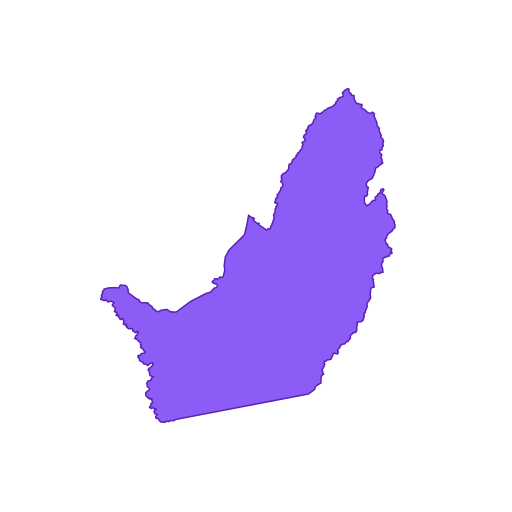 outline of Unincorporated ACT, Australian Capital Territory, Australia, rotated 205°
{"feature_id": "25037944B15172244637897", "entity_name": "Unincorporated ACT", "entity_type": "district", "adm_level": 2, "iso_a3": "AUS", "parent_name": "Australia", "parent_adm1": "Australian Capital Territory", "projection": "albers", "projection_center": [149.092, -35.522], "detail": "fine", "context": "isolated", "style": "filled", "palette": "violet", "viewbox_px": 512, "rotation_deg": 205, "n_neighbors": 0, "source": "geoboundaries", "source_scale": "gbopen_adm2", "svg_char_len": 6123}
<svg xmlns="http://www.w3.org/2000/svg" viewBox="0 0 512 512"><g transform="rotate(205 256 256)"><path d="M304.7,107.1L301.5,102.8L298.3,103.2L299.1,100.9L298.6,98.9L301.0,97.2L301.3,94.6L299.1,91.6L296.9,91.0L296.0,89.9L297.5,87.2L298.1,85.1L296.8,83.0L294.4,81.9L293.6,82.1L293.2,81.6L292.3,81.6L291.9,82.2L291.4,81.6L290.5,82.5L289.7,82.3L289.8,81.6L287.7,79.4L288.8,77.7L288.0,76.1L288.7,74.6L288.4,73.7L286.4,73.6L285.2,74.9L283.9,74.6L282.9,75.3L281.6,75.0L281.8,74.2L282.6,73.7L282.7,72.1L280.9,70.2L279.2,70.8L278.5,70.3L279.0,68.2L278.5,67.1L277.8,66.7L275.8,67.3L273.6,65.8L271.5,65.4L270.4,66.4L269.3,66.2L268.2,66.9L267.1,68.6L264.9,69.1L264.3,70.5L260.6,72.2L259.9,73.8L150.0,153.2L146.5,160.0L146.9,161.9L146.7,163.6L143.5,168.4L145.8,173.7L145.8,175.6L144.8,177.6L145.9,177.9L146.7,179.6L148.3,180.8L147.8,182.8L147.7,186.1L148.2,187.4L149.5,188.2L149.5,189.1L148.0,190.4L147.5,192.2L145.9,192.8L144.5,194.2L144.6,200.7L140.6,201.8L140.8,203.7L142.3,205.0L141.9,206.1L141.8,208.1L141.3,208.6L141.9,210.2L140.0,213.0L138.8,213.5L137.5,216.7L136.4,217.6L136.3,219.6L135.7,221.2L136.9,223.8L135.6,226.7L135.7,227.4L133.4,228.9L133.3,229.7L133.3,231.6L134.8,233.8L134.7,235.2L136.3,238.8L132.7,241.1L131.8,243.3L132.7,248.0L134.0,249.4L133.1,250.7L133.5,251.9L133.8,257.4L135.5,259.7L134.7,263.2L134.4,266.4L135.9,268.8L137.8,273.5L138.0,275.9L135.8,277.9L139.5,283.4L139.6,284.3L141.0,284.9L142.0,287.7L139.9,291.1L136.5,292.4L135.6,294.0L134.1,294.9L135.8,297.9L138.3,300.4L138.9,303.1L138.5,304.7L140.0,307.0L138.8,309.1L135.1,312.5L135.6,313.1L135.4,315.3L134.5,315.3L133.9,316.0L134.9,317.2L135.9,317.3L135.7,319.0L136.2,319.9L140.0,320.3L141.1,320.8L141.7,322.3L142.8,321.7L145.9,325.2L145.4,327.6L145.9,329.8L145.6,331.8L143.2,336.2L143.2,338.0L142.1,340.2L143.1,342.8L145.1,345.0L145.1,345.7L148.6,347.9L151.6,350.6L153.9,350.1L155.4,351.2L155.8,352.8L157.4,353.7L157.9,354.4L158.3,356.6L159.4,357.9L160.5,361.2L164.9,365.3L167.7,365.7L168.4,366.8L168.0,369.5L168.3,370.3L169.0,370.6L169.8,370.2L170.9,368.7L170.3,366.4L170.5,365.2L171.5,364.1L171.9,361.4L172.8,359.6L171.5,357.3L172.2,356.3L173.3,356.0L174.4,353.4L174.8,351.4L176.8,348.3L180.3,350.3L182.5,354.7L182.6,355.7L181.0,357.2L180.9,358.9L182.0,360.6L183.2,365.7L185.1,365.7L186.8,368.8L186.2,370.7L186.4,371.4L183.5,375.5L183.6,381.6L184.7,386.4L182.9,388.7L182.8,389.7L180.4,393.8L182.1,395.6L182.7,396.9L184.3,397.6L184.7,400.8L185.5,401.4L187.0,401.5L188.3,403.1L188.2,404.3L187.1,404.9L186.8,405.9L187.7,408.0L187.1,409.4L188.7,411.9L188.7,413.3L189.3,414.4L190.6,415.6L193.4,416.4L193.3,418.1L197.4,421.6L198.1,422.7L198.1,423.9L201.4,425.3L202.9,428.0L208.3,432.9L208.6,434.6L209.6,435.3L211.4,435.5L211.9,434.0L215.0,433.1L219.8,434.7L221.8,434.5L223.5,435.1L223.4,437.3L224.2,438.1L225.8,437.4L227.9,437.4L229.3,436.6L233.3,439.7L235.0,442.8L237.7,442.1L238.5,443.4L240.0,443.5L241.6,444.6L241.9,446.1L242.4,446.6L243.7,446.4L245.7,443.5L246.7,440.3L244.5,438.4L244.5,437.8L245.5,436.2L247.3,434.9L247.2,434.3L248.4,432.7L247.8,431.2L248.6,429.4L248.3,427.3L249.4,424.8L250.7,422.8L253.3,420.4L254.3,417.9L255.4,417.2L256.3,414.4L257.2,413.9L257.1,413.0L258.0,412.0L261.3,411.3L261.7,410.1L261.2,408.8L261.5,407.6L260.5,407.2L260.2,405.9L260.8,405.1L261.1,403.6L260.7,401.2L261.1,399.1L261.7,398.4L261.7,397.3L262.8,397.0L263.4,396.2L263.1,394.6L263.4,393.7L262.6,392.7L263.1,392.4L263.8,390.7L263.2,390.5L263.2,389.8L262.1,388.8L262.0,388.0L263.3,386.1L263.3,384.0L261.7,382.8L260.7,382.8L260.5,382.1L260.6,380.9L262.2,378.1L260.0,376.4L260.6,374.9L259.6,372.4L260.6,371.0L260.5,369.3L261.9,366.3L261.3,365.2L262.1,363.7L261.5,363.0L261.8,361.9L263.5,358.4L262.9,355.0L264.8,353.0L263.0,348.0L263.7,347.2L264.1,344.5L266.2,342.1L266.9,339.4L265.6,336.8L264.7,336.6L265.1,335.0L265.0,333.8L263.0,333.3L261.4,331.1L261.3,329.9L262.2,328.4L261.6,325.7L262.0,323.4L261.7,322.6L262.7,320.5L261.5,318.5L262.0,317.9L262.3,315.8L261.8,315.0L261.6,312.4L260.3,312.2L259.0,312.8L258.4,312.1L258.4,310.7L258.0,310.3L258.8,309.5L258.3,307.6L258.5,306.5L257.1,303.5L257.5,302.5L257.2,300.1L256.5,299.7L255.2,296.8L255.5,295.5L254.8,292.6L255.2,291.9L254.8,290.9L255.1,289.8L254.7,286.6L256.6,285.7L257.3,283.9L266.8,285.5L266.8,286.6L267.3,287.0L268.1,286.0L273.2,287.1L273.4,289.2L275.0,289.5L275.1,288.8L279.9,289.7L277.2,279.4L276.8,279.3L277.2,279.2L275.5,270.9L276.0,268.8L283.0,249.9L283.4,242.0L280.7,233.7L278.3,230.1L277.0,223.2L277.8,222.1L279.8,221.8L280.2,219.9L281.3,218.9L283.7,218.1L283.9,216.3L284.8,214.6L284.4,213.7L283.7,213.4L279.1,213.7L278.5,212.9L278.3,211.0L280.5,209.0L281.7,204.2L285.6,200.8L296.2,187.0L304.1,172.3L305.1,171.2L309.8,169.3L314.3,169.9L319.2,166.6L320.9,164.2L323.7,163.9L325.2,164.8L326.8,164.5L329.1,166.3L332.2,166.7L334.3,167.8L339.6,165.4L338.9,164.9L339.7,165.4L342.1,165.5L343.3,166.7L346.9,166.8L355.6,168.6L356.5,169.1L357.3,171.0L360.0,173.6L361.5,174.1L366.4,172.6L366.8,171.9L366.8,169.8L367.4,168.8L370.8,167.6L376.6,164.5L379.7,161.7L379.4,161.2L380.2,158.8L379.4,157.9L379.5,154.9L378.4,154.0L378.7,153.1L378.5,151.2L375.3,151.3L374.3,151.7L374.1,152.7L370.3,151.9L368.8,153.6L365.5,153.9L364.8,153.2L365.6,151.6L365.3,150.4L361.2,149.3L361.2,147.6L360.2,146.5L360.6,145.8L358.3,145.8L357.7,144.3L357.7,143.2L356.2,143.3L355.7,144.2L355.1,143.0L352.2,141.1L351.4,141.6L351.1,143.0L350.2,143.2L349.6,142.1L347.8,140.8L347.9,139.7L347.4,138.2L346.2,138.3L345.3,139.1L345.0,138.1L344.1,138.3L343.6,137.8L343.7,137.1L343.0,136.8L342.5,137.1L342.1,136.6L340.9,136.2L337.3,137.9L335.8,135.9L334.8,136.1L333.5,135.5L332.5,135.8L331.8,137.6L330.4,136.8L330.6,133.7L331.1,133.3L331.2,131.9L330.7,131.2L331.0,130.0L328.9,130.1L327.0,129.6L326.3,128.9L324.8,129.0L324.0,128.6L323.1,126.6L322.2,126.6L321.8,125.2L322.1,124.6L321.7,124.2L318.8,123.8L317.2,122.5L315.8,122.1L315.9,121.0L318.5,119.2L319.2,116.6L320.4,116.3L320.7,115.6L320.2,114.4L318.3,113.6L317.5,112.2L315.9,111.7L314.8,112.1L313.7,112.0L312.5,110.8L311.6,110.8L310.2,111.5L307.8,111.0L306.2,114.3L304.3,115.5L303.4,113.4L304.8,109.4L305.4,109.3L305.7,107.1L304.7,107.1Z" fill="#8b5cf6" stroke="#5b21b6" stroke-width="1.5"/></g></svg>